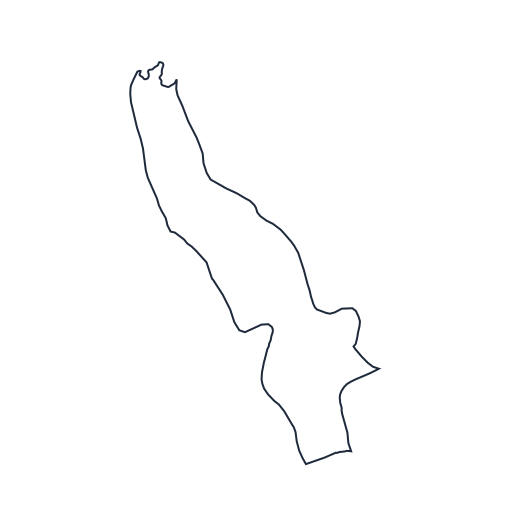 the district of San Juan Ixcoy, Huehuetenango, Guatemala, rotated 245°
{"feature_id": "79465075B73654259569509", "entity_name": "San Juan Ixcoy", "entity_type": "district", "adm_level": 2, "iso_a3": "GTM", "parent_name": "Guatemala", "parent_adm1": "Huehuetenango", "projection": "orthographic", "projection_center": [-91.344, 15.641], "detail": "fine", "context": "isolated", "style": "outline", "palette": "slate", "viewbox_px": 512, "rotation_deg": 245, "n_neighbors": 0, "source": "geoboundaries", "source_scale": "gbopen_adm2", "svg_char_len": 2623}
<svg xmlns="http://www.w3.org/2000/svg" viewBox="0 0 512 512"><g transform="rotate(245 256 256)"><path d="M449.6,258.8L448.1,256.8L447.2,255.7L446.8,254.7L446.7,253.8L446.4,250.3L446.2,249.5L446.1,248.5L446.6,247.3L450.0,243.7L450.7,243.1L451.6,243.0L452.6,243.1L453.5,243.7L454.3,244.2L455.2,244.4L456.3,244.2L457.9,243.8L458.8,244.3L459.2,245.0L459.8,246.2L460.2,247.0L461.1,247.8L462.2,248.1L463.1,248.6L464.0,249.2L465.2,250.0L466.3,251.0L467.4,252.1L468.5,252.9L469.6,253.0L470.3,252.9L470.9,252.5L471.7,251.6L472.3,250.9L472.5,250.2L471.9,249.4L471.0,248.4L470.4,247.8L470.1,246.6L470.1,245.6L469.9,244.1L469.6,243.0L469.4,242.3L468.9,241.1L469.1,240.2L469.4,239.4L469.7,238.3L469.8,237.5L469.1,236.3L468.3,236.0L467.4,235.8L466.3,235.6L465.3,235.3L464.1,234.7L463.6,234.1L462.8,233.1L462.7,231.9L462.9,230.7L463.2,229.9L463.9,229.3L465.1,229.0L465.9,228.8L467.6,227.7L469.0,227.0L470.0,227.3L471.4,229.0L472.4,229.6L473.0,228.8L473.1,227.9L473.2,226.4L467.9,219.8L463.7,215.0L461.3,213.3L456.2,210.6L448.2,207.7L422.5,202.4L411.0,201.0L401.2,199.0L380.4,192.4L372.7,191.0L349.8,190.5L342.8,189.4L336.2,189.5L328.7,190.2L324.8,189.5L321.4,188.7L314.3,188.9L311.5,192.4L301.3,197.8L296.4,199.0L291.7,201.7L285.7,204.0L271.1,208.5L254.0,206.5L253.0,207.0L234.9,209.5L218.5,210.0L205.1,208.4L195.7,209.5L191.6,213.8L191.5,232.0L189.0,238.3L187.8,238.9L185.3,240.3L182.6,240.3L180.1,239.1L176.9,236.1L173.7,233.9L170.9,230.8L168.5,229.2L167.0,227.1L159.4,220.9L156.2,218.2L147.8,212.1L141.6,208.8L137.2,207.7L132.4,207.3L125.6,208.4L116.7,211.4L111.9,213.9L103.3,216.0L87.5,217.5L84.8,217.9L79.6,217.4L70.9,214.6L61.4,212.9L53.1,212.8L46.3,213.3L44.3,233.2L44.0,245.2L43.3,246.2L43.1,248.7L41.4,253.7L40.9,256.3L38.8,259.7L47.0,260.6L51.7,262.1L53.0,262.7L57.4,264.2L76.1,267.3L80.2,268.4L81.9,269.4L87.4,270.3L89.3,271.0L91.7,271.8L93.4,272.7L94.7,273.5L97.6,276.5L100.1,280.6L101.5,284.3L102.0,288.6L102.1,293.8L101.6,310.2L101.9,319.7L106.2,315.2L111.9,312.2L120.0,309.3L129.9,306.6L132.8,306.2L134.2,309.2L138.9,313.0L143.6,316.2L148.6,320.1L152.8,322.6L157.6,323.3L163.9,323.3L167.9,321.3L172.0,311.5L171.6,303.6L172.4,298.7L174.8,295.5L181.8,288.6L184.6,287.7L188.7,287.7L191.9,288.2L195.6,288.6L201.9,290.0L209.1,290.9L222.7,293.4L241.1,295.6L249.5,294.9L254.0,294.0L264.7,291.0L269.6,289.4L277.9,285.0L283.4,280.6L290.4,276.7L294.9,275.6L299.6,276.3L302.9,276.0L308.6,273.8L313.3,270.3L320.8,265.2L329.9,257.5L344.4,247.2L352.0,246.4L360.4,247.4L362.5,247.7L371.5,251.0L381.4,251.8L388.4,252.2L406.7,251.5L423.2,252.7L434.7,252.8L440.9,254.2L449.6,258.8Z" fill="none" stroke="#1e293b" stroke-width="2"/></g></svg>